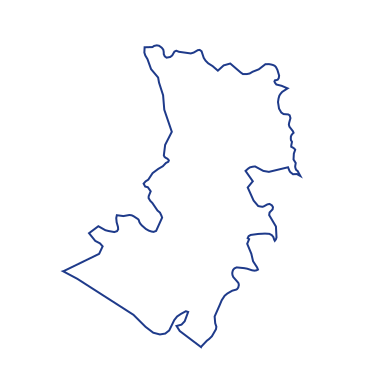 map outline of Coimbra (Albers equal-area conic projection), rotated 288°
{"feature_id": "PRT-752", "entity_name": "Coimbra", "entity_type": "District", "adm_level": 1, "iso_a3": "PRT", "parent_name": "Portugal", "parent_adm1": "", "projection": "albers", "projection_center": [-8.26, 40.222], "detail": "fine", "context": "isolated", "style": "outline", "palette": "blue", "viewbox_px": 384, "rotation_deg": 288, "n_neighbors": 0, "source": "natural_earth", "source_scale": "10m", "svg_char_len": 3133}
<svg xmlns="http://www.w3.org/2000/svg" viewBox="0 0 384 384"><g transform="rotate(288 192 192)"><path d="M47.3,248.5L56.0,223.3L59.8,218.7L62.6,223.0L66.8,225.0L76.7,225.4L76.7,223.0L72.7,219.2L69.0,216.3L64.7,214.7L53.3,213.1L49.1,210.3L46.6,205.5L46.2,198.6L49.4,189.5L57.1,174.3L74.0,109.7L76.8,93.9L77.3,94.6L104.5,122.8L112.7,123.8L114.7,120.4L115.6,115.1L121.0,106.8L130.5,113.5L128.9,121.4L129.1,124.6L129.9,130.5L131.6,132.8L133.7,133.3L135.9,132.4L139.9,129.7L143.8,128.0L146.7,127.7L147.9,134.2L150.8,139.6L151.2,141.9L150.9,144.0L149.6,148.8L149.2,149.7L148.1,150.6L147.3,151.1L146.0,152.5L144.7,154.6L142.6,159.5L141.9,162.9L141.9,165.8L142.2,167.8L143.9,169.9L158.4,171.5L160.2,170.1L162.5,167.9L163.7,164.9L169.3,157.7L170.7,155.0L172.8,152.6L174.6,152.1L179.9,152.5L182.9,148.5L182.7,145.8L185.0,143.4L187.8,144.6L190.2,146.6L197.8,148.7L203.6,152.8L207.5,156.3L211.5,158.2L213.4,160.1L214.9,160.2L215.6,159.3L216.2,157.8L216.4,156.3L217.0,154.9L218.1,153.9L228.5,151.9L243.0,154.2L261.7,140.2L275.1,134.6L285.9,126.8L290.4,124.4L296.2,115.1L304.6,108.6L307.4,105.4L309.9,103.6L315.0,102.2L317.6,109.6L319.2,110.8L320.6,113.2L320.9,115.5L319.9,118.6L318.5,120.7L316.5,121.8L314.3,122.6L312.6,124.2L311.9,126.3L313.7,129.6L315.8,131.0L320.1,131.9L321.5,133.4L321.3,136.2L323.4,148.0L325.1,150.5L328.7,153.7L329.5,155.4L328.8,157.6L323.2,161.7L321.1,164.3L319.4,167.6L318.1,172.7L315.4,179.1L322.2,183.0L326.0,188.7L320.7,201.4L319.9,204.0L321.2,207.9L322.5,210.2L325.1,212.5L329.3,217.6L336.2,222.3L337.4,225.7L337.7,227.8L337.8,229.7L337.6,231.6L336.7,233.3L334.5,235.5L329.6,238.9L327.1,239.3L325.3,238.8L324.4,237.6L324.0,236.5L322.7,236.2L321.6,237.1L320.3,239.0L320.7,244.4L320.1,250.9L315.2,246.9L312.9,245.9L310.7,245.3L307.7,245.4L304.1,246.0L298.2,249.0L295.2,252.3L294.4,255.0L295.5,259.5L295.1,261.2L292.7,262.8L287.9,263.0L286.0,263.3L284.2,264.5L280.9,269.3L279.7,270.3L278.6,269.7L277.1,269.1L275.4,268.9L273.2,269.5L271.9,270.1L270.6,271.6L267.0,272.0L265.7,272.4L265.4,274.2L264.9,275.8L264.1,277.1L260.0,277.0L254.3,278.5L251.6,281.7L248.2,282.2L247.0,282.8L245.3,284.1L244.6,286.0L240.7,290.1L241.5,286.1L241.2,285.6L240.8,284.3L240.1,282.6L241.3,279.3L242.4,278.0L245.2,275.7L234.9,258.9L234.1,253.3L235.8,244.1L234.9,242.1L233.4,239.6L231.8,238.3L228.6,236.4L221.0,246.5L213.5,243.6L202.9,253.2L199.1,259.3L199.3,261.2L199.7,263.6L200.5,264.7L203.5,267.5L204.6,269.4L204.0,272.1L202.6,273.7L200.4,274.0L196.5,272.1L193.9,272.5L185.1,282.5L174.9,286.4L172.9,286.4L171.2,285.8L172.3,284.7L174.2,283.4L175.6,281.3L176.1,278.5L175.0,274.3L172.6,268.0L169.3,261.1L167.5,259.5L165.3,259.2L164.8,260.9L159.8,260.5L151.6,267.5L145.0,271.5L140.4,277.2L138.6,278.7L137.4,277.5L136.5,275.8L136.1,273.3L136.1,268.1L135.7,265.1L134.1,257.8L132.5,256.0L130.8,255.2L129.3,255.1L127.4,255.3L125.6,256.1L123.9,257.5L120.0,264.0L119.3,264.6L118.0,265.3L115.4,265.5L113.6,264.9L112.9,264.3L110.6,260.8L106.4,257.0L103.4,255.1L98.2,253.7L93.3,253.3L80.6,252.0L74.4,254.6L71.4,256.8L68.9,257.2L60.9,255.5L57.5,253.7L55.2,252.1L48.9,249.1L47.4,248.5L47.3,248.5Z" fill="none" stroke="#1e3a8a" stroke-width="2"/></g></svg>